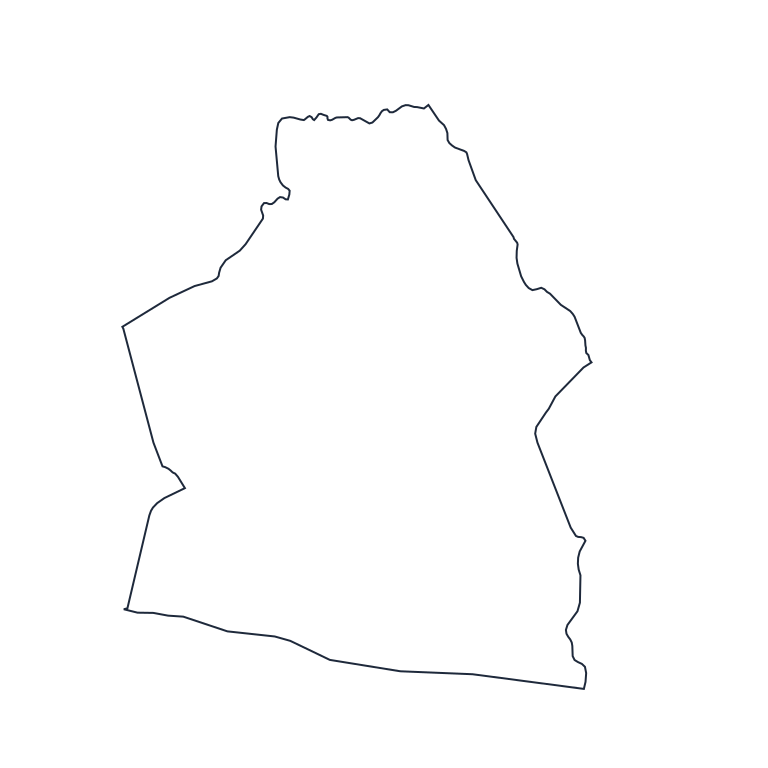 an SVG outline of Alibori, rotated 14°
{"feature_id": "BEN-2170", "entity_name": "Alibori", "entity_type": "Department", "adm_level": 1, "iso_a3": "BEN", "parent_name": "Benin", "parent_adm1": "", "projection": "orthographic", "projection_center": [2.909, 11.459], "detail": "fine", "context": "isolated", "style": "outline", "palette": "slate", "viewbox_px": 768, "rotation_deg": 14, "n_neighbors": 0, "source": "natural_earth", "source_scale": "10m", "svg_char_len": 2517}
<svg xmlns="http://www.w3.org/2000/svg" viewBox="0 0 768 768"><g transform="rotate(14 384 384)"><path d="M580.1,312.8L573.6,319.7L553.3,354.6L549.9,368.1L548.0,372.6L542.2,388.8L542.7,395.6L547.1,403.8L599.9,478.2L607.0,485.0L609.4,485.4L612.2,484.9L612.6,484.9L614.9,485.0L617.4,487.4L614.4,499.1L614.4,505.5L615.6,511.5L617.8,517.0L620.9,522.1L627.0,548.8L626.7,557.7L620.3,573.4L620.0,578.6L621.5,582.2L623.9,584.7L626.5,586.8L628.7,589.4L630.1,592.6L632.9,602.4L635.7,605.7L639.5,606.9L643.7,607.7L647.4,609.8L650.1,615.6L651.6,624.3L651.7,631.5L540.1,644.2L469.3,658.8L398.2,664.8L355.2,655.9L339.1,655.4L291.9,661.9L245.5,658.3L230.5,661.0L215.6,661.9L200.2,665.5L186.0,665.5L189.3,663.7L188.1,568.3L188.6,563.4L189.7,559.8L192.7,554.5L198.5,547.8L216.0,533.2L206.5,523.9L203.1,521.5L202.3,521.3L200.9,521.1L199.5,520.5L198.0,519.6L195.4,518.4L191.8,517.6L189.0,517.5L174.5,496.7L117.7,393.4L116.3,391.8L155.0,352.3L176.5,334.8L192.2,326.0L196.3,322.0L197.4,319.2L197.1,315.9L197.3,310.7L200.5,302.2L211.8,289.5L215.9,281.8L226.5,252.8L226.0,249.8L222.6,244.6L222.2,241.3L223.8,237.5L226.3,236.8L229.1,237.2L231.6,236.5L233.6,234.2L235.9,229.9L237.9,227.8L240.9,227.5L243.9,228.6L246.1,228.2L246.3,223.0L245.7,219.3L243.8,217.9L241.0,217.2L237.9,215.8L234.8,213.3L232.8,210.9L231.1,207.9L221.3,179.8L218.5,163.1L218.3,156.3L220.8,151.1L227.9,147.9L231.9,147.4L238.7,147.6L242.4,147.3L243.1,146.5L245.5,143.2L247.0,142.0L249.2,142.6L250.9,144.3L252.4,144.8L254.0,141.7L255.4,138.0L257.4,137.1L260.2,137.5L263.6,137.7L264.5,138.4L264.9,140.0L265.8,141.3L268.0,141.2L269.7,140.2L272.4,137.6L273.7,136.8L284.1,133.9L285.2,134.1L287.7,135.6L289.2,135.8L291.0,134.9L294.5,132.3L296.5,131.9L306.8,134.7L309.5,133.1L313.6,126.6L314.5,124.3L315.1,122.0L316.0,119.8L317.5,118.1L320.7,116.8L323.8,118.9L326.9,118.2L329.5,116.0L334.2,110.3L337.5,108.2L340.3,107.6L346.2,107.9L349.2,107.3L356.1,107.0L359.6,102.5L373.6,115.1L379.6,118.3L382.5,121.5L384.8,125.2L386.7,131.9L389.1,134.4L392.3,136.1L395.7,137.4L405.5,138.5L407.9,139.3L409.0,140.8L411.9,146.4L423.7,164.0L474.1,210.1L475.0,211.7L479.0,214.7L479.9,216.3L480.6,222.7L482.1,229.5L484.3,234.9L491.0,246.3L495.1,251.1L497.6,253.5L501.2,255.9L505.3,257.0L509.2,255.1L513.3,252.6L516.8,253.3L519.9,255.2L523.2,256.2L536.4,264.4L547.1,268.2L550.4,270.5L552.7,272.7L562.6,286.8L564.6,288.5L566.2,289.5L567.5,290.7L568.6,293.1L570.1,297.8L571.2,300.1L571.8,302.8L572.8,305.0L575.3,306.4L578.0,311.1L580.1,312.8Z" fill="none" stroke="#1e293b" stroke-width="2"/></g></svg>